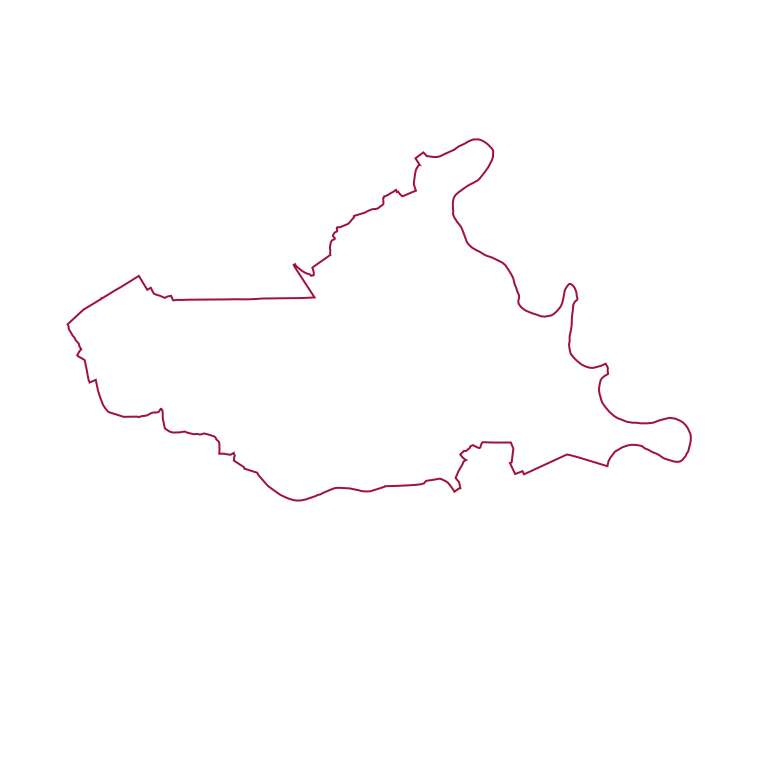 APA, Satu Mare, Romania, rotated 231°
{"feature_id": "2599482B68771602818343", "entity_name": "APA", "entity_type": "district", "adm_level": 2, "iso_a3": "ROU", "parent_name": "Romania", "parent_adm1": "Satu Mare", "projection": "albers", "projection_center": [23.208, 47.766], "detail": "fine", "context": "isolated", "style": "outline", "palette": "rose", "viewbox_px": 768, "rotation_deg": 231, "n_neighbors": 0, "source": "geoboundaries", "source_scale": "gbopen_adm2", "svg_char_len": 6166}
<svg xmlns="http://www.w3.org/2000/svg" viewBox="0 0 768 768"><g transform="rotate(231 384 384)"><path d="M539.2,560.3L539.6,550.5L531.9,549.6L532.3,549.3L531.4,546.2L530.9,544.8L530.1,543.3L528.7,541.5L522.9,535.2L521.0,533.4L520.2,532.8L515.3,530.8L514.1,530.5L514.8,528.5L517.9,517.5L518.5,516.3L522.2,515.8L524.7,516.0L525.2,514.7L527.2,515.5L527.5,514.7L527.6,513.6L527.4,512.5L528.1,509.4L528.4,506.4L528.8,504.6L529.4,502.7L529.6,502.3L529.3,502.2L529.0,501.2L529.0,500.8L529.1,500.5L524.7,497.2L524.3,496.8L524.1,495.8L524.3,492.2L524.3,489.8L525.2,487.7L526.3,486.4L527.5,484.1L528.9,479.1L529.0,478.1L529.3,476.8L533.5,466.4L533.4,466.1L532.6,465.7L532.3,465.3L532.0,462.6L531.0,457.6L531.0,457.0L533.4,448.7L534.1,447.6L534.7,447.2L535.2,446.2L535.1,445.7L534.9,445.4L533.3,444.6L532.3,443.7L532.3,442.8L532.6,441.7L532.7,441.1L532.2,439.0L531.9,438.4L531.5,437.8L530.8,437.3L528.7,437.6L528.2,437.5L527.9,437.2L527.7,436.8L527.8,436.1L528.3,434.4L528.3,433.8L527.9,432.6L527.6,431.9L526.9,431.0L525.1,428.9L523.3,427.2L522.2,426.8L521.4,426.2L519.7,424.5L519.0,424.0L518.0,423.6L518.1,422.8L518.2,421.8L519.5,403.1L519.5,401.5L518.2,401.1L515.2,399.8L514.1,399.0L512.8,397.8L513.9,395.5L514.9,395.5L516.1,395.2L517.4,394.2L520.1,392.7L523.7,391.4L530.0,390.1L531.7,390.0L533.2,390.2L533.3,388.7L528.8,388.0L495.0,384.5L502.6,374.1L527.2,343.0L530.4,338.3L536.4,330.3L542.7,322.7L550.0,313.4L572.8,284.8L576.5,279.8L580.1,275.5L581.5,272.9L581.9,272.8L586.5,274.0L587.7,271.9L588.3,270.6L588.9,267.8L593.2,265.6L597.1,263.0L599.2,262.0L605.6,263.3L606.2,259.3L622.3,261.5L625.0,239.7L625.8,235.3L628.0,218.9L628.3,218.6L628.0,218.5L630.9,197.1L629.5,175.6L627.4,175.2L625.3,173.8L624.4,173.5L619.9,172.9L617.7,172.5L614.5,172.6L612.4,172.0L607.7,172.2L607.2,172.1L605.5,171.2L603.7,170.8L601.5,170.6L601.1,167.8L600.8,167.0L599.5,164.1L599.4,163.6L597.2,164.0L595.3,164.9L590.9,166.4L580.6,161.1L577.7,159.4L572.5,156.7L571.4,156.5L570.8,156.6L570.4,156.3L568.6,162.6L558.7,157.5L552.5,155.1L544.6,152.5L539.3,152.0L536.3,152.2L535.1,152.6L522.8,160.7L522.2,161.2L513.5,172.2L512.9,172.3L512.5,172.6L511.5,175.6L509.9,177.9L508.6,180.4L508.1,183.8L507.5,185.7L506.6,187.5L505.3,188.7L504.5,190.3L504.2,191.3L504.2,192.1L505.1,194.4L505.2,194.9L505.0,195.1L504.3,195.3L503.4,195.3L502.8,195.1L499.9,193.2L497.3,191.0L495.9,190.1L488.1,186.1L487.0,185.8L481.8,187.5L479.6,189.0L478.0,190.8L475.0,194.8L472.9,198.5L472.3,199.3L469.7,200.7L464.9,204.4L464.1,205.3L463.1,207.0L462.6,207.5L461.0,208.7L460.4,209.5L459.9,210.3L458.8,213.0L458.6,213.2L455.8,215.3L450.9,218.6L449.6,219.2L448.6,219.4L446.5,218.9L443.1,219.3L442.2,219.0L441.3,218.5L438.4,216.3L436.0,214.4L433.5,212.1L432.3,213.5L431.9,214.3L431.2,215.0L430.9,215.2L430.4,215.9L427.2,218.6L425.5,220.4L425.0,223.8L424.1,223.2L422.9,223.2L422.2,222.9L421.1,221.2L419.4,219.8L419.0,219.1L407.6,222.8L406.9,222.7L406.1,222.2L394.9,229.6L393.8,229.3L391.8,229.1L381.0,229.5L377.3,229.8L373.4,230.8L363.7,233.5L362.2,234.1L358.2,236.0L354.7,237.9L350.3,240.9L348.1,243.1L346.6,245.0L345.7,246.3L343.5,250.6L340.0,260.2L339.4,262.8L338.2,265.1L337.8,267.5L337.5,268.9L335.5,275.9L334.2,279.8L333.3,281.5L331.1,284.3L324.7,291.4L317.3,297.5L314.7,299.3L311.6,302.7L309.9,304.9L309.3,305.8L306.2,313.4L303.8,319.8L304.0,320.3L295.3,331.8L290.3,338.6L286.0,344.7L282.6,350.0L281.6,352.8L281.6,353.0L282.0,354.4L282.1,355.5L282.1,356.0L278.4,362.2L276.6,365.6L275.3,367.8L273.9,368.8L269.1,371.0L267.0,371.5L264.0,371.6L258.0,371.3L256.0,370.9L255.7,375.9L254.9,377.7L260.1,380.4L260.8,380.6L265.9,380.5L269.3,386.9L272.1,394.2L273.6,396.9L273.7,397.2L273.3,399.9L274.0,399.5L277.5,398.9L281.2,398.9L281.7,404.1L280.3,405.6L280.4,410.8L281.2,411.9L281.2,412.4L280.4,414.8L279.5,415.1L276.3,416.5L274.3,417.7L274.1,418.0L274.1,418.8L274.2,419.2L275.0,420.2L275.8,421.4L276.5,423.0L276.6,423.3L276.6,424.2L271.4,430.1L258.7,445.7L252.4,443.9L242.8,433.9L243.3,432.1L231.5,429.3L229.1,436.8L225.7,436.0L214.1,481.7L212.1,483.5L204.1,489.3L179.5,505.9L182.6,509.7L184.3,513.5L186.1,520.9L184.8,529.5L182.8,534.9L181.0,538.1L177.7,541.9L174.8,544.3L173.3,545.4L170.0,546.1L166.8,547.9L161.8,549.9L158.8,551.7L155.4,553.2L152.4,553.9L149.4,555.1L141.2,560.6L138.7,563.2L137.5,565.3L137.1,567.8L138.2,573.0L139.5,575.7L140.3,578.2L146.4,586.2L149.6,589.0L152.3,590.7L159.0,592.4L162.3,592.5L165.6,592.2L168.1,591.4L170.7,590.2L174.0,588.4L178.1,584.5L180.4,579.7L182.5,574.9L184.5,568.9L187.6,564.0L190.1,560.9L191.9,558.7L195.5,555.3L197.4,552.9L201.7,549.0L210.6,544.0L214.6,542.6L220.8,541.6L227.0,541.5L232.1,541.9L236.0,543.1L236.3,543.5L240.3,545.1L243.5,546.9L246.2,549.3L249.1,552.7L250.7,555.0L251.4,557.3L251.4,560.6L250.8,564.5L253.8,566.3L255.1,567.7L256.7,568.5L257.5,568.5L260.3,569.0L261.5,564.2L264.8,556.8L266.9,554.4L269.7,552.3L272.3,550.9L275.1,549.7L277.7,549.1L281.5,548.4L285.1,548.1L289.8,548.0L295.4,550.8L298.5,552.8L300.3,555.1L304.5,558.5L307.2,562.0L311.7,567.0L316.1,570.7L318.8,573.2L322.4,577.1L326.5,581.0L327.9,584.3L327.8,587.1L328.6,588.1L331.1,589.2L334.5,591.4L338.6,592.6L341.3,592.8L343.9,592.2L345.2,590.9L345.0,589.1L344.4,586.7L343.0,583.4L338.3,578.0L336.0,575.1L334.6,573.2L333.0,570.1L332.1,565.9L331.7,563.0L331.6,559.9L332.0,557.1L335.2,551.3L337.5,548.9L343.0,545.5L345.5,543.8L351.1,540.7L353.5,539.8L356.3,539.1L359.1,538.9L361.2,539.1L363.3,540.0L365.0,541.8L366.2,543.5L368.1,544.8L371.9,545.8L374.9,547.0L379.4,548.4L384.7,550.9L387.5,551.6L389.7,552.0L394.4,552.6L400.0,553.1L404.0,552.3L414.6,547.4L419.0,544.5L421.6,543.3L426.4,541.6L429.4,540.2L434.6,538.2L438.4,537.7L440.3,537.6L441.8,537.7L442.4,537.8L453.1,541.5L456.6,542.5L460.5,542.9L463.3,542.8L469.4,543.5L472.6,544.6L474.8,546.6L477.8,548.6L481.9,551.9L484.6,555.1L485.8,558.2L486.1,562.2L485.5,572.9L484.7,577.6L484.3,579.0L483.2,585.4L483.5,587.8L485.4,596.1L486.9,601.7L490.1,608.8L492.0,611.7L496.5,615.6L498.8,616.0L505.0,615.5L508.5,614.6L512.1,613.1L514.7,611.4L518.0,607.0L519.3,602.6L520.0,598.0L521.7,591.3L521.8,586.9L522.0,585.6L523.7,579.1L524.4,576.6L525.8,570.5L527.2,567.8L529.5,565.1L534.2,560.7L534.3,560.8L539.2,560.3Z" fill="none" stroke="#9f1239" stroke-width="2"/></g></svg>